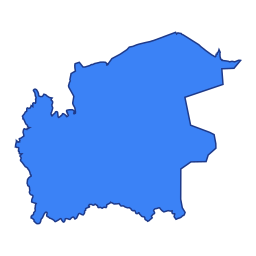 Leilek, Batken, Kyrgyzstan (Robinson projection)
{"feature_id": "92254566B28866404519709", "entity_name": "Leilek", "entity_type": "district", "adm_level": 2, "iso_a3": "KGZ", "parent_name": "Kyrgyzstan", "parent_adm1": "Batken", "projection": "robinson", "projection_center": [69.614, 39.878], "detail": "fine", "context": "isolated", "style": "filled", "palette": "blue", "viewbox_px": 256, "rotation_deg": 0, "n_neighbors": 0, "source": "geoboundaries", "source_scale": "gbopen_adm2", "svg_char_len": 5691}
<svg xmlns="http://www.w3.org/2000/svg" viewBox="0 0 256 256"><path d="M209.8,132.4L190.6,125.2L184.9,97.3L223.0,84.4L221.8,68.8L234.0,68.3L240.6,60.4L240.2,60.3L238.5,60.3L234.8,61.8L232.0,61.3L229.5,61.8L228.4,61.3L226.7,61.0L222.0,60.4L221.8,60.2L221.9,59.6L220.6,59.1L220.4,57.8L220.0,56.4L219.9,53.1L220.2,52.3L219.0,49.6L218.3,51.9L217.2,52.9L217.2,54.0L216.2,54.2L215.8,56.2L215.1,56.8L211.6,54.8L206.2,50.9L200.9,46.7L198.8,44.7L183.7,35.2L182.7,34.6L181.8,34.4L181.2,33.5L178.6,33.1L178.1,32.9L177.6,33.0L176.6,34.0L175.6,32.3L153.6,40.5L151.1,41.2L150.9,41.4L145.3,42.6L139.1,44.1L136.5,44.9L132.8,46.4L129.3,47.1L126.9,49.7L120.2,54.2L111.9,58.6L108.6,63.2L108.1,63.5L108.2,64.0L107.6,64.8L106.8,64.9L106.9,64.2L106.8,63.9L105.9,62.6L105.5,62.3L103.2,62.1L100.0,62.2L99.3,62.5L94.4,63.6L93.6,64.1L92.7,64.5L91.8,64.5L91.1,64.7L89.9,65.5L85.0,67.0L83.0,67.0L79.3,62.3L75.1,63.7L74.8,65.2L74.9,67.8L75.4,71.1L71.1,73.5L69.9,79.7L70.3,80.9L69.4,82.6L68.5,85.9L68.9,87.4L73.1,94.9L73.8,96.4L72.7,103.1L73.1,104.6L74.8,107.7L75.5,111.8L75.4,113.2L74.5,113.7L73.9,113.7L73.7,113.3L73.8,112.9L74.5,111.8L73.6,110.5L72.8,109.9L72.0,109.7L69.2,109.8L67.0,110.2L66.6,110.5L66.6,111.7L67.0,111.8L67.4,112.5L67.1,112.9L67.5,113.3L67.5,113.6L68.4,115.2L67.7,116.2L66.8,116.7L66.3,116.3L66.2,115.6L64.5,114.3L63.4,113.7L62.6,113.7L61.5,115.6L61.1,115.6L59.6,117.0L58.8,117.5L58.5,117.4L58.1,116.7L57.6,112.3L57.1,111.8L56.3,111.6L55.5,111.9L54.6,113.5L53.4,114.2L52.6,115.1L52.6,115.5L52.1,115.9L51.7,115.8L51.0,113.8L51.1,112.9L51.5,112.3L52.6,108.6L52.7,107.7L52.0,106.0L51.9,104.5L52.4,103.7L52.7,102.3L52.7,101.9L52.5,101.5L52.0,100.7L51.5,100.5L51.2,100.0L51.2,99.2L52.1,98.0L49.8,97.6L48.9,97.2L46.9,95.9L45.8,94.8L43.9,94.2L42.8,96.0L42.3,96.5L40.3,96.6L38.9,95.9L38.6,94.9L38.5,93.7L37.9,92.0L36.5,89.7L35.1,89.1L34.3,89.3L33.8,89.7L33.4,90.2L33.5,90.7L34.6,92.4L35.0,93.4L35.3,95.9L36.1,97.5L36.0,98.3L35.5,99.2L35.8,99.7L35.7,102.5L35.4,103.2L33.8,102.8L33.3,103.0L32.8,103.4L32.8,106.6L31.2,105.5L31.0,106.3L30.1,108.0L28.8,108.4L27.5,107.9L26.9,108.3L26.6,111.4L25.4,111.9L24.3,113.9L22.4,116.2L22.9,117.3L22.9,118.9L23.6,119.0L25.9,124.0L27.4,125.3L27.6,126.4L28.6,127.5L29.6,127.6L29.1,127.9L28.4,128.5L27.9,128.6L27.6,128.4L27.2,128.4L26.9,129.5L25.0,129.1L24.7,128.8L24.2,128.8L23.8,129.2L23.4,130.2L23.1,131.8L23.1,132.7L23.5,133.7L23.9,136.0L20.8,138.2L19.7,138.5L19.2,138.9L19.9,140.4L19.9,140.8L19.5,141.2L19.5,141.7L19.1,141.5L18.7,141.7L18.6,142.1L18.0,142.3L17.7,142.0L17.1,141.2L17.0,141.4L16.8,141.3L16.4,140.8L16.4,141.7L16.0,143.4L15.7,144.4L15.4,147.0L16.4,147.0L16.7,147.4L18.4,147.6L18.7,147.8L18.7,149.4L18.4,150.0L18.5,151.3L18.7,151.5L19.2,151.5L19.3,152.3L19.3,153.6L19.5,153.8L21.9,153.8L20.6,155.3L19.9,156.0L21.1,157.6L21.0,158.9L20.6,159.5L20.5,160.2L20.6,160.7L22.3,162.6L25.3,166.7L26.4,167.2L26.7,167.5L27.3,167.8L27.7,168.3L27.9,168.9L28.8,170.0L29.3,170.8L30.0,172.7L30.3,174.1L30.5,174.8L31.1,175.0L31.2,175.3L31.0,175.6L31.1,176.2L30.2,176.7L29.0,177.6L28.0,178.7L28.0,179.2L27.5,179.7L27.1,183.3L27.6,184.5L27.7,185.3L28.1,185.9L29.2,186.4L29.5,187.7L29.6,189.3L29.9,190.6L29.5,191.2L29.4,192.6L30.3,194.3L31.0,194.8L32.5,195.3L32.9,195.8L32.9,196.5L32.8,197.2L32.4,198.0L32.4,198.3L31.9,199.1L31.6,201.6L31.7,202.0L34.5,203.0L36.2,203.5L35.7,204.3L35.3,205.9L35.3,207.8L35.0,208.0L35.0,209.0L35.3,209.8L35.2,210.7L34.9,211.4L33.8,212.5L33.4,214.6L32.0,215.4L31.9,215.7L31.2,216.3L31.5,216.8L31.2,217.7L30.5,217.8L31.9,218.2L32.8,218.8L34.0,219.9L34.0,221.2L36.5,223.5L37.3,223.7L39.0,223.6L39.9,223.0L40.6,221.6L41.1,219.2L42.4,217.8L44.2,213.9L45.3,212.5L45.7,212.2L46.6,212.2L46.9,212.4L47.1,212.9L47.1,213.5L46.7,214.8L46.7,215.9L47.5,216.7L48.3,216.9L49.6,218.1L51.1,218.6L52.6,219.4L54.0,220.3L54.9,221.5L55.5,221.6L58.1,220.2L60.3,218.7L60.8,218.6L61.1,218.9L61.6,219.9L62.9,221.7L63.8,222.1L64.9,220.8L65.1,219.4L65.3,218.8L66.1,218.6L67.8,218.8L69.3,219.4L70.0,219.4L71.3,218.0L72.1,217.4L72.9,217.1L73.5,217.1L74.0,217.5L74.6,218.7L74.9,219.0L75.2,218.9L76.6,218.0L78.4,214.3L78.7,213.8L79.2,213.5L79.9,213.5L82.1,214.7L83.2,214.9L84.1,213.8L84.6,212.7L84.6,211.1L85.0,210.7L85.7,210.1L85.6,208.8L85.8,208.5L88.0,207.5L89.1,207.2L89.5,206.8L89.3,206.3L88.6,205.9L89.4,204.5L91.4,204.4L92.0,204.6L92.5,205.0L93.3,205.2L94.1,205.0L94.9,204.2L95.4,204.2L96.9,205.5L97.4,205.5L98.0,207.3L98.4,207.6L99.1,207.6L100.3,207.3L101.9,208.1L102.3,208.2L103.3,207.5L104.0,207.3L104.8,207.3L106.0,207.6L106.6,206.8L106.7,205.1L107.0,204.6L108.0,204.3L108.2,203.9L109.8,203.3L110.6,202.2L110.9,202.5L112.6,203.1L113.6,203.8L114.5,204.0L115.2,204.0L115.5,203.8L116.3,203.9L119.2,203.6L120.7,205.8L121.4,206.0L123.1,205.8L124.0,206.2L124.9,206.9L127.5,207.8L129.4,207.7L131.0,208.9L131.5,210.0L132.3,210.4L133.2,210.9L133.9,210.5L134.6,210.6L135.0,211.0L136.0,213.4L136.4,213.6L137.3,213.6L137.9,213.5L138.5,212.7L138.8,212.7L139.2,213.0L139.7,214.2L140.4,214.9L141.0,215.5L141.4,216.1L142.0,216.5L144.4,217.0L144.8,217.6L144.9,218.8L145.1,219.4L145.7,219.9L147.2,220.7L147.7,221.3L149.1,220.6L150.5,219.2L151.4,218.6L152.2,217.8L151.6,216.8L151.4,216.2L153.2,214.2L154.4,213.6L154.6,213.0L154.5,212.3L153.6,210.8L153.6,210.4L154.2,209.5L155.2,208.7L156.5,208.6L158.9,207.8L159.6,207.8L160.6,209.2L162.3,210.9L163.9,211.9L167.9,210.7L168.5,210.7L170.6,211.1L172.1,210.9L172.0,212.7L172.4,213.5L173.4,213.8L174.5,213.7L174.7,213.8L174.7,214.4L174.3,215.6L174.1,216.7L176.0,219.3L176.8,219.0L177.4,218.6L180.0,217.8L181.1,217.2L182.7,215.7L183.8,215.4L184.5,214.2L185.1,212.4L182.3,207.8L180.7,199.3L180.8,169.0L190.9,161.9L206.1,161.6L208.2,155.0L215.9,148.2L215.8,143.7L214.1,134.6L209.8,132.4Z" fill="#3b82f6" stroke="#1e3a8a" stroke-width="1.5"/></svg>